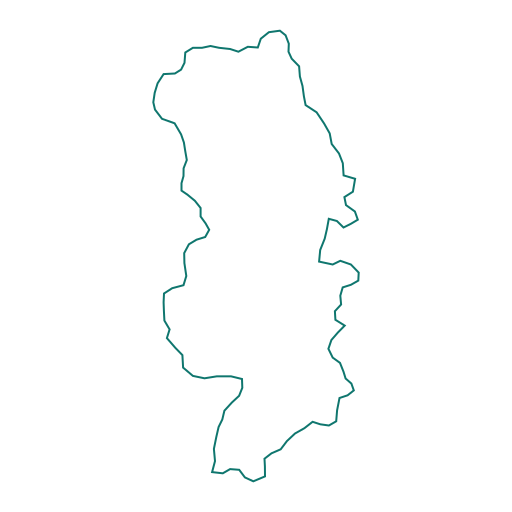 the district of Coimbra, Minas Gerais, Brazil, rotated 270°
{"feature_id": "56859067B39104662018874", "entity_name": "Coimbra", "entity_type": "district", "adm_level": 2, "iso_a3": "BRA", "parent_name": "Brazil", "parent_adm1": "Minas Gerais", "projection": "albers", "projection_center": [-42.796, -20.843], "detail": "fine", "context": "isolated", "style": "outline", "palette": "teal", "viewbox_px": 512, "rotation_deg": 270, "n_neighbors": 0, "source": "geoboundaries", "source_scale": "gbopen_adm2", "svg_char_len": 1823}
<svg xmlns="http://www.w3.org/2000/svg" viewBox="0 0 512 512"><g transform="rotate(270 256 256)"><path d="M173.9,166.9L164.2,175.3L156.9,182.4L144.4,183.1L136.1,192.9L133.7,204.5L135.7,217.0L135.7,230.9L133.0,242.0L124.2,242.3L116.2,239.1L109.4,231.8L101.3,224.4L92.5,222.3L85.0,218.6L75.0,216.3L63.1,213.9L50.9,215.0L39.9,212.1L38.7,222.8L42.9,230.1L42.2,239.2L34.6,244.9L30.7,253.3L35.6,265.0L45.6,264.9L53.3,264.5L58.7,271.5L62.7,280.7L70.9,286.9L78.5,295.0L83.8,304.4L90.2,312.6L87.7,320.3L86.5,328.9L90.7,336.2L101.7,337.1L114.0,339.5L116.7,347.6L121.6,353.8L128.4,351.4L133.5,345.6L140.3,343.5L149.1,340.0L154.4,332.7L163.2,328.4L172.0,331.4L179.5,337.9L186.4,344.7L192.2,335.4L200.8,334.9L207.5,341.1L216.3,340.3L224.6,342.7L227.2,350.9L231.4,358.3L239.4,358.7L247.5,350.9L251.2,340.3L247.5,332.7L250.4,319.1L262.0,320.2L273.3,324.7L282.8,326.9L293.2,328.8L291.0,336.9L284.5,343.5L288.2,350.9L292.3,357.8L300.5,354.9L306.9,346.0L314.9,344.4L320.3,352.9L333.2,355.1L336.6,343.6L348.8,342.8L358.5,339.0L368.0,331.7L378.6,329.7L388.5,324.1L399.7,316.6L406.9,305.6L415.7,303.9L426.0,302.5L435.5,299.9L445.7,299.1L453.3,291.7L460.3,288.5L468.3,288.8L476.7,285.6L481.3,279.9L479.8,268.9L473.3,260.8L464.5,257.8L465.2,247.8L460.3,238.4L463.0,230.1L464.2,219.1L466.0,210.5L464.2,202.0L464.2,192.9L459.5,185.3L449.2,184.5L442.4,181.1L438.5,174.9L437.9,163.6L428.7,157.6L419.2,154.7L409.7,153.3L402.4,155.0L393.2,162.0L388.7,174.6L377.6,181.1L369.5,183.9L361.2,185.2L352.0,186.8L343.7,183.6L335.9,183.5L328.8,181.5L321.4,181.5L317.2,187.6L311.2,194.9L304.0,200.6L295.5,200.6L288.6,205.6L282.2,209.2L275.0,205.2L272.3,196.5L267.7,188.9L258.9,184.2L248.9,184.4L236.0,186.3L226.8,183.5L223.8,172.2L218.5,164.0L209.7,163.6L201.2,163.9L191.4,164.4L182.6,169.6L173.9,166.9Z" fill="none" stroke="#0f766e" stroke-width="2"/></g></svg>